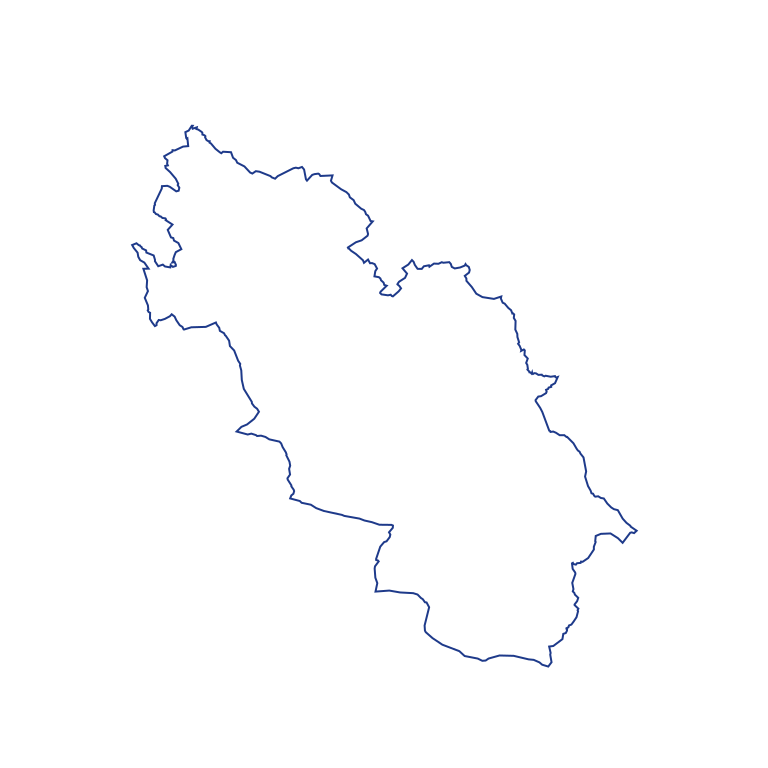 Ski nor, Akershus, Norway, rotated 139°
{"feature_id": "86288312B53332495919573", "entity_name": "Ski nor", "entity_type": "district", "adm_level": 2, "iso_a3": "NOR", "parent_name": "Norway", "parent_adm1": "Akershus", "projection": "albers", "projection_center": [10.885, 59.725], "detail": "fine", "context": "isolated", "style": "outline", "palette": "blue", "viewbox_px": 768, "rotation_deg": 139, "n_neighbors": 0, "source": "geoboundaries", "source_scale": "gbopen_adm2", "svg_char_len": 6134}
<svg xmlns="http://www.w3.org/2000/svg" viewBox="0 0 768 768"><g transform="rotate(139 384 384)"><path d="M445.4,63.0L440.1,64.1L436.1,70.7L434.7,71.7L431.6,77.5L428.1,75.2L416.7,74.4L412.6,77.8L410.2,76.8L407.7,77.8L406.4,79.2L406.8,79.7L406.5,80.0L404.5,79.4L402.8,80.4L400.4,79.5L396.4,80.4L391.7,81.7L386.6,85.2L386.3,86.3L384.7,86.9L385.2,92.1L384.8,92.6L380.7,93.4L377.7,95.2L378.1,99.8L377.4,101.5L377.6,103.6L375.6,104.9L372.4,110.4L364.1,115.1L363.4,116.3L362.9,120.7L359.8,125.3L358.8,125.1L359.2,123.9L357.7,121.8L355.9,122.1L353.0,120.0L351.8,120.7L350.8,119.5L344.1,118.7L334.2,121.4L332.4,123.5L327.9,125.9L327.8,126.7L323.9,130.4L318.6,128.6L311.1,122.6L308.6,114.2L308.1,107.6L295.8,110.2L294.4,109.5L293.1,107.4L289.6,107.5L291.4,114.5L291.1,115.4L292.1,120.1L292.2,125.8L290.3,135.4L292.6,138.7L293.5,141.8L293.9,147.3L293.2,153.4L295.1,155.7L296.0,158.7L298.5,160.4L298.7,161.6L298.2,164.0L299.1,165.4L298.0,168.0L297.0,173.1L293.0,182.2L288.8,185.4L281.6,197.7L281.4,202.6L280.8,204.6L281.3,206.6L281.1,208.7L279.9,215.0L280.5,223.9L281.0,224.2L281.5,227.1L285.0,230.1L286.2,234.4L287.5,237.1L289.8,238.6L289.5,239.6L289.9,240.4L282.9,259.0L281.8,263.5L280.8,271.4L280.2,272.4L275.8,273.3L273.5,271.8L267.7,270.8L266.3,271.5L265.5,273.3L263.4,272.6L262.1,273.3L259.7,272.1L258.8,273.3L254.4,272.4L248.3,275.3L249.8,275.9L250.1,277.1L249.8,277.8L253.4,280.1L256.6,284.2L258.0,284.6L258.9,286.6L258.8,287.5L261.5,289.6L262.3,292.3L263.5,293.6L264.9,293.8L265.2,294.6L264.7,295.5L265.8,294.9L266.0,296.8L266.6,297.4L266.2,298.2L266.3,300.8L265.4,301.1L263.3,304.4L262.9,306.6L258.8,308.9L259.0,313.7L255.7,317.0L255.8,318.3L258.7,319.0L258.0,319.5L256.6,323.8L256.4,326.4L254.7,326.8L252.5,331.9L250.5,334.4L249.2,338.9L243.3,345.3L242.7,348.7L240.1,351.1L240.4,353.2L240.8,353.2L239.7,356.3L240.3,360.0L240.2,365.5L241.1,367.5L239.7,371.9L238.1,373.1L245.2,376.1L252.7,385.0L255.1,391.6L254.1,399.6L254.1,407.8L252.6,409.6L252.1,412.6L246.7,412.3L244.5,413.8L243.2,416.7L244.0,419.7L243.8,421.0L245.4,420.4L250.1,422.0L254.8,424.8L256.0,427.9L254.8,430.8L254.8,433.1L259.7,436.6L260.5,438.0L264.0,439.0L267.3,442.1L272.8,442.7L272.2,444.1L276.7,446.7L280.0,446.1L283.1,448.9L282.6,453.7L281.5,456.7L281.6,459.2L287.3,458.2L294.1,459.2L294.2,452.2L298.5,450.3L305.5,451.3L308.0,450.7L308.5,450.4L308.1,448.0L308.4,445.0L312.2,444.3L319.8,444.3L320.4,445.3L320.4,447.0L322.8,448.3L327.1,453.3L327.2,455.3L326.0,455.9L317.5,456.4L318.8,458.6L317.8,460.8L318.2,464.2L317.5,466.0L317.8,468.0L320.6,471.5L316.5,474.9L313.5,475.7L312.4,480.6L313.7,483.1L315.3,484.3L314.4,488.4L319.6,488.6L318.7,491.1L319.9,500.5L321.4,506.1L321.6,509.3L322.0,509.7L321.7,510.7L312.2,509.4L306.6,507.1L299.1,506.7L297.6,507.7L295.0,512.8L285.8,514.1L287.2,515.8L285.6,521.5L286.2,523.9L285.2,526.4L285.0,528.5L286.2,531.2L287.4,538.9L286.3,542.7L287.3,547.3L286.2,550.0L286.5,553.5L288.6,559.1L291.1,570.2L290.7,572.2L286.0,575.2L295.5,582.7L295.2,584.8L295.6,585.9L298.8,588.0L301.0,588.9L308.7,588.0L308.6,589.7L303.6,598.3L303.5,601.6L307.1,603.0L308.6,605.1L310.9,606.3L327.8,610.6L331.5,610.4L333.1,613.5L333.3,615.4L338.7,625.9L341.1,628.7L345.3,629.2L346.3,631.4L346.6,639.8L349.6,647.3L348.8,650.1L349.5,653.8L347.4,659.3L353.1,664.9L355.4,664.9L355.9,666.6L356.9,672.1L356.8,679.1L357.3,680.6L356.3,681.6L357.2,682.3L357.9,684.5L357.2,687.5L356.2,688.2L356.3,689.5L357.4,691.4L356.3,692.7L356.2,693.8L357.3,697.9L358.3,699.5L356.9,700.5L360.9,702.2L360.0,704.1L359.0,704.4L359.6,705.0L365.1,703.4L368.7,704.4L371.9,699.4L372.0,698.5L371.2,698.4L375.7,692.0L379.9,695.0L388.7,697.5L390.2,699.2L391.2,698.2L400.5,700.1L401.1,698.1L400.6,694.9L403.2,692.5L403.7,690.8L406.0,692.1L407.1,690.3L406.4,684.3L406.5,675.6L407.9,670.1L409.2,669.5L409.7,666.4L412.2,664.6L414.4,665.7L416.3,673.4L417.5,675.7L421.8,679.0L423.5,677.3L438.4,670.8L439.3,669.4L440.2,669.4L444.0,666.1L444.9,664.7L444.5,664.1L444.6,661.9L443.5,660.2L443.4,657.9L442.6,657.0L442.3,654.7L440.3,652.4L440.5,651.2L441.3,650.9L439.0,643.1L446.1,642.2L448.6,634.4L447.3,632.4L448.4,630.0L446.7,625.3L448.5,618.7L454.6,620.1L457.5,618.7L461.0,616.6L461.7,615.4L464.1,614.6L462.0,613.4L462.9,610.4L463.7,609.7L466.5,610.9L467.0,613.7L468.8,612.2L472.2,616.4L472.6,619.2L477.1,621.0L476.3,627.0L475.4,627.9L473.5,632.1L477.1,639.1L475.9,640.9L477.6,644.9L477.1,646.5L477.5,647.5L477.3,648.7L478.0,649.7L478.5,652.6L482.9,654.1L483.6,650.8L483.8,644.8L486.0,641.2L486.8,637.4L485.2,632.9L486.0,625.5L490.0,628.8L494.8,617.6L499.6,612.8L501.2,609.0L508.0,606.0L510.6,598.2L513.0,594.9L514.0,594.6L514.4,592.8L513.8,591.2L517.9,586.7L518.6,582.7L518.9,578.0L517.1,577.6L515.8,579.1L512.0,580.1L510.7,578.6L506.7,576.9L501.1,575.6L498.5,575.9L497.8,572.2L498.9,568.4L499.6,562.4L498.7,559.3L499.4,556.7L499.2,556.3L492.2,553.2L481.0,544.0L470.5,540.7L471.2,538.8L471.5,534.5L473.0,531.8L471.4,527.2L472.0,525.1L471.8,524.1L472.5,518.3L475.4,513.7L475.1,507.6L478.8,497.3L479.3,493.5L480.6,492.5L482.8,487.9L488.7,480.3L493.0,472.3L495.5,457.2L496.4,456.0L496.7,451.9L496.0,448.6L496.6,445.1L504.7,442.9L513.9,443.3L519.7,445.2L526.4,444.8L520.0,435.3L516.7,433.6L514.2,429.5L513.9,428.0L510.7,425.7L508.2,421.8L506.9,417.5L500.7,409.1L500.6,406.6L501.9,402.9L502.9,396.9L503.7,394.8L504.5,394.3L506.3,387.4L508.4,383.9L511.3,382.2L514.3,377.3L518.7,376.2L519.4,375.0L520.4,368.3L521.1,367.5L521.5,363.5L522.1,362.1L524.4,360.6L527.1,360.7L529.9,359.2L524.3,350.9L524.1,348.4L518.4,340.9L516.6,334.8L512.6,327.5L501.6,312.8L500.5,310.5L490.8,298.5L488.3,293.8L483.8,287.7L479.8,280.8L470.8,272.8L470.1,271.3L471.7,269.7L477.5,268.8L478.0,266.2L480.1,264.7L485.3,263.6L487.6,264.6L493.5,263.7L504.8,257.1L505.4,256.2L504.4,254.9L504.4,253.6L510.4,252.3L512.1,250.9L517.6,243.5L519.7,238.1L526.6,232.9L515.5,224.6L508.6,216.1L499.2,207.0L496.8,203.1L496.5,198.2L495.9,196.2L496.3,192.4L495.2,191.2L496.4,185.9L511.8,175.1L514.9,171.0L515.3,169.3L514.1,160.4L511.0,149.0L502.4,132.9L501.6,125.8L493.4,115.3L491.4,110.6L488.7,108.6L485.2,108.2L474.9,103.3L464.5,93.8L455.5,81.3L452.0,77.6L449.3,71.9L448.8,68.4L445.4,63.0Z" fill="none" stroke="#1e3a8a" stroke-width="2"/></g></svg>